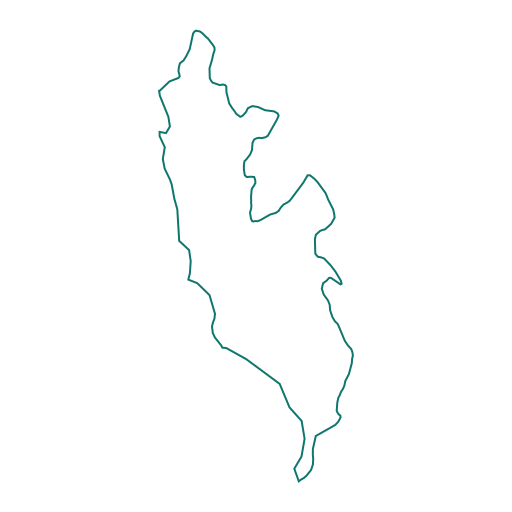 Lima Province, Equal Earth projection
{"feature_id": "PER-587", "entity_name": "Lima Province", "entity_type": "Captial District", "adm_level": 1, "iso_a3": "PER", "parent_name": "Peru", "parent_adm1": "", "projection": "equal_earth", "projection_center": [-76.899, -12.031], "detail": "fine", "context": "isolated", "style": "outline", "palette": "teal", "viewbox_px": 512, "rotation_deg": 0, "n_neighbors": 0, "source": "natural_earth", "source_scale": "10m", "svg_char_len": 2481}
<svg xmlns="http://www.w3.org/2000/svg" viewBox="0 0 512 512"><path d="M298.8,481.3L294.3,468.7L301.5,456.5L304.6,438.8L301.6,420.9L289.5,407.4L279.7,383.9L246.3,359.2L226.2,348.0L222.4,347.7L221.1,345.3L215.0,337.6L212.8,333.1L212.0,326.5L213.0,322.4L214.4,318.8L215.0,313.8L209.5,295.1L197.3,283.2L188.3,279.6L189.9,273.3L190.7,261.1L189.1,250.1L179.2,240.9L177.3,209.3L174.3,198.6L171.7,184.5L170.1,179.8L164.7,168.7L162.8,159.0L164.8,147.3L159.6,136.1L159.6,131.9L166.0,133.1L169.9,126.5L168.4,116.9L159.9,95.8L159.1,90.8L159.9,90.6L169.4,81.5L178.5,77.9L179.7,76.5L179.2,73.9L178.5,71.4L178.8,67.7L179.9,63.3L183.6,60.4L186.3,56.1L189.7,49.2L193.1,33.5L194.1,32.0L195.7,30.7L200.0,31.5L202.7,33.5L205.3,36.2L208.0,38.6L213.0,45.1L214.5,47.7L214.6,50.1L213.2,54.4L212.0,59.9L209.5,68.3L209.8,78.3L211.0,80.6L212.6,82.6L219.8,85.1L222.9,84.5L225.2,85.1L226.3,86.5L226.4,91.9L229.2,103.4L232.3,108.3L234.5,111.1L236.4,114.0L240.3,116.8L242.5,115.9L245.9,112.2L247.9,108.2L252.3,106.1L258.0,107.0L265.0,110.2L274.2,111.4L277.7,113.5L278.6,115.6L277.0,119.5L267.8,135.8L265.4,137.3L261.5,138.1L258.9,137.8L256.5,138.3L254.1,139.6L252.5,143.0L252.0,150.1L250.1,154.5L246.5,159.2L244.5,161.2L243.9,164.7L243.9,169.7L244.8,175.3L246.9,177.1L250.4,176.7L254.2,177.0L255.2,180.0L255.4,182.9L253.8,186.0L252.5,187.6L251.6,189.9L251.0,197.5L251.2,200.6L251.1,203.1L251.4,205.4L251.2,208.4L250.0,212.7L251.0,218.7L252.1,221.1L253.3,221.5L254.7,221.1L257.8,221.2L260.6,220.0L270.2,214.5L275.8,212.9L278.6,211.0L280.9,207.4L283.6,204.5L287.4,202.5L289.9,200.6L303.3,182.7L307.6,175.3L310.0,175.3L314.5,178.9L317.6,182.2L325.5,193.0L326.8,196.0L328.0,199.2L333.1,209.3L334.2,213.9L334.6,217.7L331.2,223.8L325.0,229.4L322.3,230.0L320.0,231.0L315.9,234.7L314.9,239.1L315.3,253.6L316.8,255.6L318.1,256.9L320.5,257.2L324.0,258.4L330.7,265.4L335.6,271.9L340.8,280.6L341.6,283.7L340.5,284.4L330.9,277.8L329.1,277.9L326.7,280.6L323.1,283.2L321.8,288.7L323.7,294.5L328.0,300.5L329.7,304.8L330.1,310.2L332.4,317.0L335.0,321.4L337.5,323.7L338.7,326.1L344.8,340.8L347.9,345.4L351.2,349.0L352.3,351.8L352.9,355.4L352.1,359.0L351.8,363.2L348.9,374.1L345.3,381.0L344.3,385.9L342.7,389.3L341.2,391.5L339.7,395.3L338.3,397.9L337.3,402.6L336.7,410.8L337.6,412.7L338.8,414.4L340.3,415.5L340.6,417.1L339.6,419.4L338.1,421.9L335.3,424.9L315.8,436.0L312.9,448.8L312.8,454.2L313.2,458.9L312.9,464.5L311.1,469.9L306.5,475.7L303.7,478.1L301.1,479.5L298.8,481.3Z" fill="none" stroke="#0f766e" stroke-width="2"/></svg>